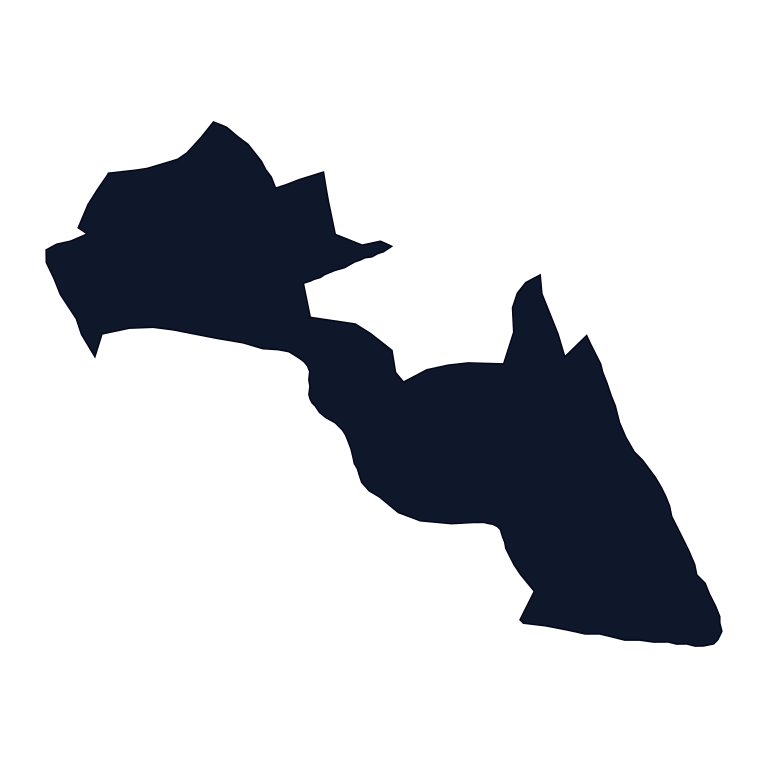 the district of Arochukwu, Abia, Nigeria
{"feature_id": "59680162B7938799528038", "entity_name": "Arochukwu", "entity_type": "district", "adm_level": 2, "iso_a3": "NGA", "parent_name": "Nigeria", "parent_adm1": "Abia", "projection": "orthographic", "projection_center": [7.82, 5.498], "detail": "fine", "context": "isolated", "style": "filled", "palette": "ink", "viewbox_px": 768, "rotation_deg": 0, "n_neighbors": 0, "source": "geoboundaries", "source_scale": "gbopen_adm2", "svg_char_len": 2315}
<svg xmlns="http://www.w3.org/2000/svg" viewBox="0 0 768 768"><path d="M527.7,623.7L539.5,625.1L546.0,625.9L564.0,629.4L564.3,629.5L566.7,629.9L567.1,630.0L585.4,634.0L599.9,634.0L624.7,640.1L639.2,640.1L653.7,642.1L668.2,642.0L676.5,644.1L686.8,644.0L695.1,646.1L703.4,646.0L713.7,643.9L717.8,639.7L719.9,635.5L721.9,631.3L721.1,628.1L719.8,622.9L719.8,619.8L719.8,616.7L715.6,606.2L709.3,593.7L705.1,583.2L696.8,574.9L694.7,564.5L688.4,549.8L680.1,533.1L671.7,516.4L669.6,506.0L665.4,495.6L661.2,487.2L655.0,476.8L651.0,471.5L648.7,468.4L642.5,460.1L635.9,453.5L634.2,451.8L625.8,437.2L619.5,422.5L615.3,405.8L611.1,395.4L606.9,382.8L602.8,372.4L600.7,364.0L590.2,343.2L587.7,337.8L586.7,335.5L564.8,356.8L558.0,333.9L541.9,293.7L540.2,274.9L525.8,282.5L517.3,293.2L512.5,307.8L513.7,332.2L503.6,363.9L468.1,362.9L448.4,365.1L427.0,369.7L403.5,382.0L395.6,372.5L392.0,350.4L370.5,333.5L355.3,324.0L310.3,317.3L303.4,283.3L310.6,281.0L313.9,279.4L320.4,277.5L324.5,274.7L334.4,270.6L344.7,267.6L354.3,262.1L359.8,260.2L365.2,257.7L371.8,256.9L377.8,253.6L383.5,251.8L391.7,246.3L385.9,243.6L380.5,241.2L362.2,245.1L335.3,234.4L330.4,210.7L328.6,202.2L326.0,187.5L323.5,172.0L299.3,179.6L285.2,185.0L275.6,188.1L271.3,177.0L265.6,169.4L261.5,161.4L248.0,144.3L242.7,140.4L237.7,136.6L226.6,127.2L213.5,121.9L201.2,137.3L187.0,152.8L177.6,159.3L147.2,168.4L136.1,170.1L108.3,173.2L108.0,174.2L97.3,189.8L88.1,204.3L78.2,227.8L87.3,233.9L70.5,241.1L56.6,244.2L46.1,249.9L46.3,262.5L54.0,278.6L60.4,294.6L76.3,318.8L81.5,334.4L94.9,356.8L102.0,334.0L129.3,328.2L153.2,327.3L172.8,329.8L217.4,338.5L242.9,342.8L262.8,348.7L263.9,348.8L267.9,349.0L278.3,349.7L283.6,350.7L288.8,351.7L294.0,354.8L300.3,358.9L304.4,362.1L307.6,366.2L309.7,371.5L308.8,379.9L309.9,386.2L308.9,394.6L310.0,398.8L312.1,403.0L315.3,406.1L319.5,412.4L325.8,417.6L335.2,422.8L338.3,425.9L342.5,430.1L345.7,435.3L347.8,440.5L351.0,448.9L353.2,458.3L354.3,463.6L357.4,468.8L359.6,476.1L361.7,482.4L369.0,490.6L369.1,490.8L379.5,497.0L398.4,512.6L420.3,520.8L451.5,523.7L473.3,522.5L478.5,522.5L483.7,522.4L487.9,523.4L493.1,524.4L497.3,526.5L500.4,529.6L502.6,537.0L504.7,542.2L505.8,548.5L511.1,559.0L514.3,565.2L519.3,572.7L520.6,574.6L534.3,591.3L520.0,619.8L523.4,623.2L527.7,623.7Z" fill="#0f172a" stroke="#020617" stroke-width="1.5"/></svg>